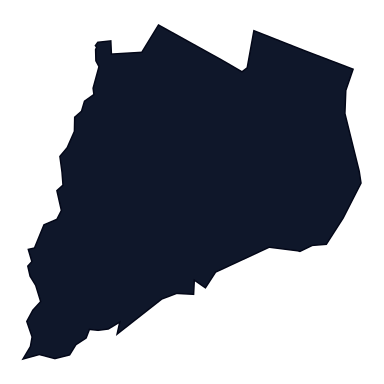 Otsego, New York, United States of America
{"feature_id": "52423323B75499738856279", "entity_name": "Otsego", "entity_type": "district", "adm_level": 2, "iso_a3": "USA", "parent_name": "United States of America", "parent_adm1": "New York", "projection": "equal_earth", "projection_center": [-75.145, 42.611], "detail": "fine", "context": "isolated", "style": "filled", "palette": "ink", "viewbox_px": 384, "rotation_deg": 0, "n_neighbors": 0, "source": "geoboundaries", "source_scale": "gbopen_adm2", "svg_char_len": 912}
<svg xmlns="http://www.w3.org/2000/svg" viewBox="0 0 384 384"><path d="M110.8,40.9L97.8,42.3L95.4,45.6L96.7,47.3L95.6,49.5L95.9,60.8L99.0,66.6L93.1,88.2L93.9,94.5L84.5,101.2L81.5,111.3L74.7,117.2L74.4,131.4L67.2,147.7L59.9,156.4L62.0,172.0L63.0,185.1L56.9,190.6L61.4,210.5L56.9,219.3L44.0,224.8L34.5,248.0L28.3,249.4L31.9,261.6L27.8,266.1L30.1,276.2L35.7,285.3L40.7,301.6L32.9,310.1L26.8,321.4L32.1,336.9L30.4,346.6L23.0,359.0L39.3,354.5L54.9,358.6L69.6,354.9L75.9,344.7L86.1,338.0L89.4,329.4L98.1,330.3L108.3,329.0L119.8,322.0L117.1,334.1L161.8,299.0L176.6,293.4L193.6,294.3L194.3,280.1L205.4,287.8L215.6,272.1L269.2,247.2L297.8,250.8L299.9,251.4L312.3,245.4L326.3,244.3L343.1,218.1L361.0,183.1L359.2,171.2L344.9,113.5L345.8,90.4L353.1,69.2L308.8,52.3L303.6,50.3L253.9,30.7L247.2,67.8L242.0,71.8L221.3,59.8L158.5,25.0L141.8,52.3L111.4,54.1L110.8,40.9Z" fill="#0f172a" stroke="#020617" stroke-width="1.5"/></svg>